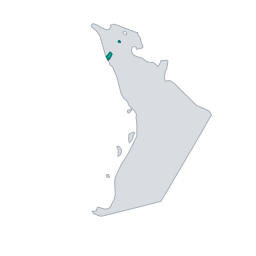 Ajman highlighted on a map of United Arab Emirates, rotated 292°
{"feature_id": "ARE-346", "entity_name": "Ajman", "entity_type": "Emirate", "adm_level": 1, "iso_a3": "ARE", "parent_name": "United Arab Emirates", "parent_adm1": "", "projection": "albers", "projection_center": [55.668, 25.371], "detail": "fine", "context": "in_parent", "style": "filled", "palette": "teal", "viewbox_px": 256, "rotation_deg": 292, "n_neighbors": 0, "source": "natural_earth", "source_scale": "10m", "svg_char_len": 2796}
<svg xmlns="http://www.w3.org/2000/svg" viewBox="0 0 256 256"><g transform="rotate(292 128 128)"><path d="M216.7,73.1L219.2,76.5L219.7,99.7L220.2,101.3L218.9,101.6L217.4,103.4L215.7,106.1L213.3,107.5L211.4,109.1L209.6,111.1L207.9,111.5L205.8,109.0L204.3,106.4L204.7,105.9L205.7,105.7L206.1,104.4L205.5,102.5L204.1,101.8L202.3,101.7L200.5,102.6L198.7,104.3L197.7,106.1L197.5,109.7L198.0,113.8L198.0,115.8L197.0,118.3L196.7,121.9L197.4,124.7L198.0,126.4L198.1,127.8L196.4,132.3L197.9,133.2L202.8,133.5L204.3,136.5L205.3,138.6L205.0,139.9L201.5,140.8L197.1,141.8L193.9,141.5L188.2,142.9L185.2,145.0L186.1,146.3L187.1,147.3L187.6,150.1L186.7,154.1L185.1,158.0L183.0,162.7L180.7,168.3L177.4,176.5L174.7,183.0L174.4,187.7L174.5,190.8L174.1,196.9L171.5,200.3L170.9,200.4L167.9,200.0L166.8,199.8L163.9,199.4L159.3,198.8L153.4,198.0L146.4,197.0L138.6,195.9L130.2,194.7L121.6,193.4L113.0,192.1L104.7,190.9L96.9,189.7L89.9,188.7L84.0,187.8L79.5,187.1L76.6,186.6L75.5,186.5L72.3,186.0L70.6,183.6L68.5,180.8L66.4,178.0L64.4,175.2L62.3,172.4L60.3,169.6L58.2,166.8L56.2,164.0L54.1,161.2L52.1,158.4L50.0,155.6L48.0,152.8L46.0,150.0L43.9,147.2L41.9,144.4L39.9,141.5L37.8,138.7L36.5,136.8L35.8,134.7L35.8,129.3L35.8,128.1L37.3,126.0L37.9,127.6L39.5,129.7L42.2,129.3L43.4,129.7L44.1,137.2L46.0,140.0L48.4,141.1L56.5,141.9L61.6,141.1L71.8,136.4L77.0,134.7L91.5,135.4L103.1,137.6L121.2,139.1L124.7,138.9L134.5,135.0L140.6,131.6L144.1,130.6L146.5,127.3L148.1,122.9L149.5,120.1L151.3,118.7L152.9,116.3L154.3,112.3L157.7,108.4L171.1,98.7L179.0,90.6L179.7,87.9L183.9,83.9L187.3,79.6L203.2,67.2L206.3,62.0L208.2,56.3L208.4,55.9L209.8,55.6L211.7,56.5L211.9,60.8L211.2,64.8L211.1,69.2L210.9,71.5L212.4,73.4L214.9,74.2L216.0,74.1L216.7,73.1ZM216.2,90.6L216.4,88.8L216.0,87.8L214.3,87.7L213.7,89.3L213.4,91.5L214.6,91.7L216.2,90.6ZM126.1,134.7L126.1,136.1L122.2,135.6L121.2,136.3L118.0,135.9L114.9,134.8L117.0,133.1L122.6,131.2L124.8,133.1L126.1,134.7ZM103.3,130.9L100.5,131.1L97.9,129.4L103.4,127.4L104.9,126.5L106.5,124.5L107.7,126.2L106.3,128.9L105.3,130.0L103.3,130.9ZM146.8,123.7L146.5,124.5L145.4,124.5L142.7,123.7L141.8,122.5L143.5,121.1L144.3,121.0L145.3,122.5L146.8,123.7ZM76.0,129.1L75.3,129.4L74.7,127.1L74.8,126.4L76.5,125.4L77.6,127.3L76.0,129.1Z" fill="#d9dde1" stroke="#a8b0b8" stroke-width="1"/><path d="M183.6,83.9L184.1,83.2L184.4,83.2L184.5,83.7L184.8,83.7L185.0,83.4L185.1,82.9L185.4,83.2L185.9,81.6L186.1,81.2L186.6,81.5L187.2,81.7L187.6,81.8L188.2,82.2L188.6,82.4L190.9,82.8L191.3,83.0L191.5,83.2L191.0,84.6L190.6,85.2L190.4,85.4L190.1,85.4L186.9,85.2L185.6,84.9L184.5,84.5L183.6,84.0L183.6,83.9L183.6,83.9ZM204.8,86.6L205.3,86.8L205.5,87.0L205.7,87.3L205.5,87.9L204.6,88.7L204.1,87.6L204.1,87.4L204.2,87.1L204.3,86.9L204.5,86.8L204.8,86.6Z" fill="#14b8a6" stroke="#0f766e" stroke-width="1.5"/></g></svg>